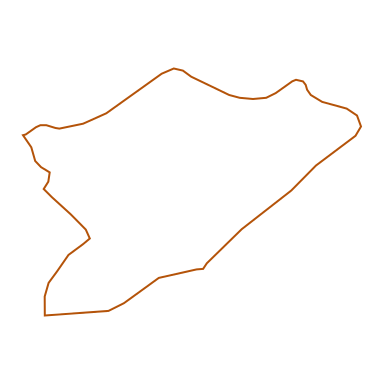 an SVG outline of Lautém
{"feature_id": "TLS-553", "entity_name": "Lautém", "entity_type": "District", "adm_level": 1, "iso_a3": "TLS", "parent_name": "East Timor", "parent_adm1": "", "projection": "mercator", "projection_center": [126.937, -8.535], "detail": "fine", "context": "isolated", "style": "outline", "palette": "amber", "viewbox_px": 384, "rotation_deg": 0, "n_neighbors": 0, "source": "natural_earth", "source_scale": "10m", "svg_char_len": 758}
<svg xmlns="http://www.w3.org/2000/svg" viewBox="0 0 384 384"><path d="M23.0,135.2L25.7,134.5L36.0,127.2L40.4,125.2L46.3,125.2L55.5,128.0L59.4,128.6L83.1,123.7L106.3,113.3L161.7,73.7L173.8,68.5L182.9,70.6L191.2,76.7L229.2,95.0L239.7,97.8L253.0,99.0L266.2,97.8L275.7,93.1L292.3,81.3L296.0,79.8L303.0,81.4L305.7,84.9L307.1,89.7L310.8,95.0L322.2,101.9L346.7,108.6L357.0,115.5L361.0,126.5L355.5,135.8L316.0,165.5L291.3,190.5L241.7,229.2L206.8,263.3L203.1,268.9L196.6,269.4L158.8,277.9L123.9,303.2L108.5,310.9L44.8,315.5L44.7,296.5L48.6,282.9L50.5,280.3L57.2,271.2L68.5,254.9L83.1,244.1L89.8,238.5L85.8,229.6L70.8,214.4L51.8,197.1L43.7,189.0L48.3,181.7L49.7,172.4L41.1,167.2L35.2,161.0L31.3,147.3L23.0,135.2Z" fill="none" stroke="#b45309" stroke-width="2"/></svg>